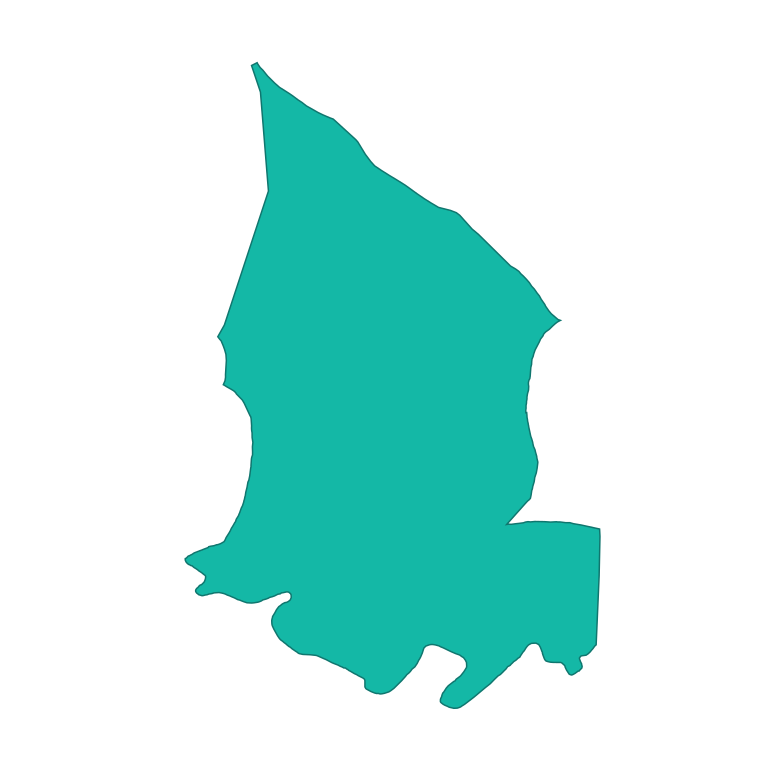 Cap Estate/Ranch Site, Gros Islet, Saint Lucia (Albers equal-area conic projection), rotated 177°
{"feature_id": "8701671B82854907311550", "entity_name": "Cap Estate/Ranch Site", "entity_type": "district", "adm_level": 2, "iso_a3": "LCA", "parent_name": "Saint Lucia", "parent_adm1": "Gros Islet", "projection": "albers", "projection_center": [-60.933, 14.104], "detail": "fine", "context": "isolated", "style": "filled", "palette": "teal", "viewbox_px": 768, "rotation_deg": 177, "n_neighbors": 0, "source": "geoboundaries", "source_scale": "gbopen_adm2", "svg_char_len": 6074}
<svg xmlns="http://www.w3.org/2000/svg" viewBox="0 0 768 768"><g transform="rotate(177 384 384)"><path d="M499.6,709.0L492.1,682.0L489.3,582.7L540.3,451.3L547.5,439.9L545.6,437.1L544.4,435.7L542.5,430.4L541.4,426.8L540.3,421.9L540.2,415.7L541.8,401.6L541.9,399.0L542.6,395.6L544.5,391.7L543.2,390.9L541.4,389.6L537.0,386.8L534.5,385.1L532.7,383.3L531.9,381.8L526.3,375.4L524.6,372.1L519.4,359.3L518.8,358.2L518.5,356.2L518.4,349.1L518.6,347.0L518.6,344.8L518.3,342.1L518.5,337.4L518.0,332.5L518.7,328.2L518.8,323.0L519.0,320.0L519.9,317.8L520.3,316.2L521.1,309.5L521.1,308.5L521.5,307.1L522.9,299.3L524.0,295.1L525.0,293.2L526.2,288.0L527.7,283.1L528.4,279.6L528.8,278.6L529.5,275.9L530.0,274.7L530.3,273.4L531.7,269.8L533.0,267.6L534.9,262.9L535.3,262.2L536.3,260.0L538.6,256.7L539.5,254.3L540.4,253.2L541.9,250.8L543.4,248.6L543.9,248.0L545.1,245.6L546.3,243.7L549.7,238.9L550.9,236.5L552.0,234.9L555.4,233.2L556.9,232.7L558.3,232.3L559.7,232.2L562.3,231.4L565.4,231.1L567.6,230.7L568.2,229.9L582.0,225.4L582.9,225.0L584.6,223.9L585.7,223.5L587.5,222.6L588.3,222.5L589.0,222.0L589.8,221.1L590.8,220.3L591.6,220.1L591.7,218.7L591.4,217.7L590.9,216.5L589.7,215.0L588.5,214.0L587.7,213.7L586.2,212.7L585.0,212.4L583.9,211.2L582.8,210.3L582.1,209.9L579.7,208.1L579.0,207.3L576.6,205.6L573.3,202.7L572.7,202.3L572.2,201.3L572.3,200.1L572.6,198.6L573.5,196.5L574.2,195.4L576.7,193.2L577.5,193.0L578.5,192.6L579.3,191.9L580.5,190.5L581.6,189.8L582.5,188.7L582.9,187.8L582.9,186.5L582.0,185.0L581.2,184.4L580.1,183.3L576.8,182.1L575.4,182.2L573.7,182.6L571.6,182.8L569.9,183.4L566.8,183.7L564.7,184.3L559.7,184.4L556.8,183.7L555.2,183.2L553.4,182.5L551.7,181.5L549.2,180.5L547.3,179.5L544.7,178.3L541.3,176.3L539.5,175.8L537.2,174.7L535.4,173.9L532.3,172.7L527.6,172.2L525.2,172.3L521.4,172.7L519.8,173.1L517.8,173.8L516.3,174.7L513.1,175.4L510.9,176.1L509.3,176.9L506.8,177.4L504.4,178.1L500.8,179.7L499.9,179.7L498.3,180.0L497.4,180.8L496.1,180.8L492.1,181.5L491.2,181.4L490.0,181.1L488.3,179.5L487.8,178.3L487.8,175.7L488.3,174.5L489.1,173.1L491.1,171.7L492.8,171.0L494.3,170.9L495.3,170.5L497.0,169.7L497.9,169.1L499.0,168.2L500.7,167.2L503.2,164.2L504.9,161.3L507.4,157.7L507.6,156.7L508.1,155.3L508.5,153.6L508.5,150.1L508.2,148.4L506.8,144.9L503.5,138.2L501.7,135.2L500.5,133.8L498.6,132.3L497.1,130.8L496.0,130.0L494.2,128.2L492.5,126.7L491.4,126.1L489.7,124.4L485.9,121.5L485.0,120.9L483.8,119.8L482.8,119.2L479.2,118.2L472.0,117.5L465.8,116.5L463.8,115.6L458.3,112.8L456.4,111.9L450.7,108.5L449.1,107.7L444.6,105.7L442.5,104.4L440.7,103.6L438.9,102.5L437.3,102.4L436.2,101.3L435.3,100.9L434.3,99.9L432.6,98.9L428.7,96.3L426.7,95.3L425.0,94.1L420.6,91.6L419.1,90.4L418.7,89.4L418.6,88.5L418.9,82.5L418.1,80.8L417.4,80.2L413.0,77.5L409.5,75.9L407.5,75.3L405.9,75.3L404.2,74.7L402.4,74.7L399.7,75.1L395.2,76.3L393.4,77.3L390.1,79.5L382.0,86.7L377.9,90.8L376.4,92.6L374.4,94.0L372.7,95.6L370.9,97.8L368.0,99.9L365.5,103.2L363.8,106.3L362.7,107.8L361.7,109.5L359.8,113.4L358.6,116.7L357.9,118.3L355.9,120.1L352.7,121.1L350.8,121.4L348.9,121.3L346.5,120.8L342.8,119.6L341.2,118.6L338.8,117.5L330.8,113.1L326.3,110.9L322.6,109.4L320.7,107.8L318.9,106.6L317.2,104.0L316.2,101.6L316.2,97.8L316.5,96.5L319.2,92.6L322.9,88.4L327.4,85.4L328.6,83.8L329.9,83.3L335.6,79.3L337.7,77.1L340.5,73.2L341.4,72.4L342.1,71.0L343.1,68.1L343.7,67.3L344.0,66.5L344.2,65.7L344.3,63.8L343.8,62.9L341.9,61.2L340.2,60.1L337.3,58.7L335.8,57.8L331.2,56.5L327.8,56.5L326.2,56.9L324.4,57.5L323.2,58.3L320.3,59.9L310.8,66.4L298.7,75.5L293.5,79.2L289.2,83.2L285.3,86.6L283.0,87.8L279.8,90.6L278.9,91.5L277.3,92.8L275.3,95.3L273.4,96.1L272.6,96.6L271.9,97.4L269.9,99.1L269.0,100.0L267.9,100.6L266.4,101.5L264.6,103.1L262.7,104.1L261.9,105.4L259.4,108.8L257.9,110.3L256.2,112.8L254.8,114.5L253.3,115.9L250.6,117.2L249.7,117.3L246.4,117.3L245.5,117.1L243.1,115.7L241.8,113.3L240.8,110.4L240.5,109.2L239.9,107.9L239.9,107.0L239.5,105.2L238.2,101.1L237.5,99.8L236.7,98.9L234.9,98.2L232.4,97.5L229.2,97.1L222.2,96.7L221.2,96.3L218.5,93.6L218.0,92.6L217.9,91.7L216.7,88.8L214.3,84.6L213.2,84.0L212.0,83.6L210.9,83.8L208.4,85.0L205.2,87.1L204.1,87.2L202.9,88.6L201.5,89.7L201.1,90.7L200.9,91.8L201.3,93.4L201.3,94.2L202.2,96.2L203.2,99.4L203.1,100.3L202.6,100.9L201.8,101.8L201.1,102.2L196.4,102.6L194.1,104.0L191.9,105.9L190.9,107.1L189.3,108.7L187.2,111.3L185.8,112.4L179.2,181.2L176.3,220.6L176.3,227.9L194.6,232.9L202.2,234.6L205.7,235.8L209.8,236.0L215.3,237.0L217.4,237.1L219.2,237.4L224.9,237.4L230.8,238.1L240.6,238.8L245.0,238.6L247.4,239.0L250.1,238.7L252.0,238.1L257.2,237.7L259.3,237.6L264.4,237.2L266.9,237.5L268.9,237.3L248.1,258.3L246.5,259.8L245.2,260.7L243.8,262.1L242.9,265.5L242.0,270.0L241.3,271.6L240.8,273.9L239.2,278.4L238.7,280.7L238.4,282.6L236.6,287.2L235.5,291.8L234.5,297.5L234.5,298.2L235.2,302.1L235.3,303.9L236.2,307.8L236.7,310.6L237.9,313.6L238.4,316.4L238.6,318.2L239.4,321.5L240.2,324.1L241.7,333.5L241.8,334.7L242.1,336.5L242.1,337.2L242.5,339.1L242.6,341.0L242.9,343.2L242.9,345.5L243.0,348.0L243.9,347.9L243.8,350.4L243.4,352.4L243.3,355.0L242.7,357.5L242.6,359.1L242.0,361.6L241.9,363.6L241.2,366.8L240.0,370.4L239.6,374.1L239.8,376.1L239.7,378.0L239.1,380.1L238.1,381.8L237.6,384.2L236.5,392.9L235.6,395.9L235.3,398.8L234.9,401.1L233.6,403.8L232.9,406.2L231.3,410.1L226.7,417.9L225.3,420.7L222.9,423.5L221.7,425.8L219.9,427.5L215.9,430.1L212.9,432.8L209.8,435.3L207.5,436.9L204.5,438.3L206.9,439.3L213.3,445.4L215.7,448.6L218.6,453.3L219.2,454.9L222.6,460.4L224.2,463.8L226.5,467.0L228.9,470.9L231.4,473.9L233.5,477.5L236.2,481.0L239.3,484.6L241.6,486.9L243.4,489.4L246.5,491.9L251.5,495.2L281.7,528.3L287.9,534.1L299.5,548.5L302.8,551.3L308.6,553.9L320.3,557.5L327.8,562.5L333.9,566.8L341.1,572.3L352.5,581.5L360.5,587.1L367.6,591.9L375.4,597.4L381.9,602.3L385.7,607.0L390.6,614.3L397.5,627.1L399.3,629.4L420.8,651.2L424.5,652.8L430.4,655.7L435.7,658.6L447.0,665.8L451.1,669.4L455.2,672.4L459.7,676.2L463.6,679.2L472.8,685.7L477.6,690.4L484.2,697.7L488.6,703.8L491.1,706.5L493.3,710.1L493.9,711.5L499.6,709.0Z" fill="#14b8a6" stroke="#0f766e" stroke-width="1.5"/></g></svg>